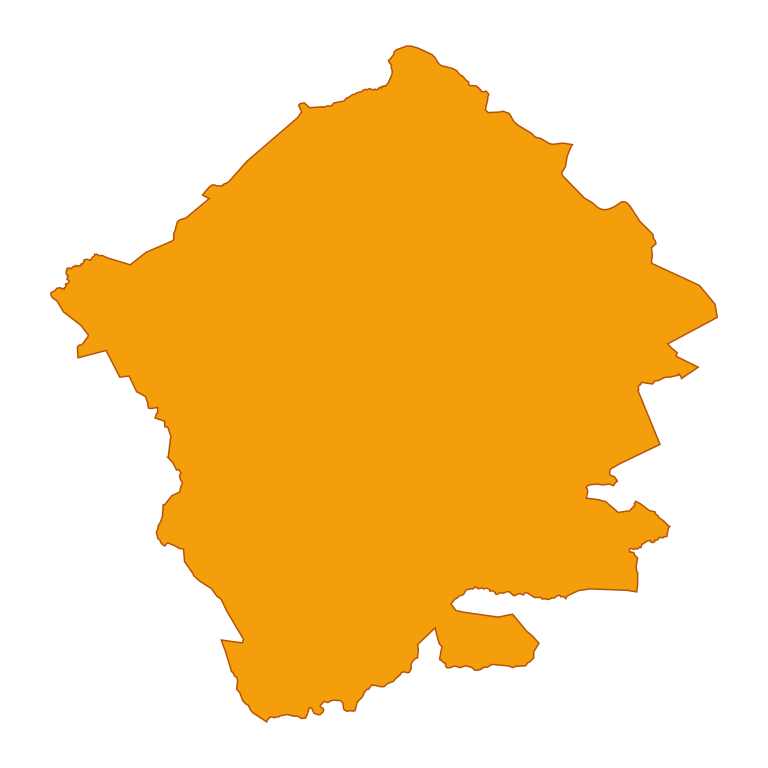 Edenderry Lea-6, Offaly, Ireland
{"feature_id": "5873133B48901885331675", "entity_name": "Edenderry Lea-6", "entity_type": "district", "adm_level": 2, "iso_a3": "IRL", "parent_name": "Ireland", "parent_adm1": "Offaly", "projection": "orthographic", "projection_center": [-7.208, 53.279], "detail": "fine", "context": "isolated", "style": "filled", "palette": "amber", "viewbox_px": 768, "rotation_deg": 0, "n_neighbors": 0, "source": "geoboundaries", "source_scale": "gbopen_adm2", "svg_char_len": 6019}
<svg xmlns="http://www.w3.org/2000/svg" viewBox="0 0 768 768"><path d="M156.3,532.1L158.0,538.7L159.9,540.2L161.0,542.9L163.2,545.0L165.0,545.9L166.3,543.9L168.0,542.9L175.0,545.9L179.4,548.5L183.5,549.0L184.6,561.7L193.5,574.4L193.5,575.5L199.7,581.1L211.5,588.6L216.8,596.1L221.1,599.2L227.0,611.5L243.6,639.4L242.2,642.9L221.3,640.0L225.9,652.8L231.6,671.7L232.7,672.3L234.9,676.3L236.6,677.2L237.1,678.3L237.5,681.0L236.7,689.3L239.8,692.8L242.7,700.6L246.1,704.2L248.2,705.1L250.7,710.3L252.9,712.8L266.7,721.9L267.3,720.1L270.5,716.8L274.6,717.7L276.0,716.9L278.6,717.0L280.2,715.8L287.4,714.5L293.3,716.1L296.7,716.1L299.2,716.9L301.4,718.5L305.6,718.1L307.3,714.5L309.1,708.0L311.6,707.9L313.9,713.2L318.4,714.8L320.4,714.4L323.0,712.0L323.7,709.9L323.0,708.3L320.5,707.0L320.2,705.6L324.3,701.3L327.8,702.6L331.1,700.7L333.5,700.2L340.3,700.6L342.9,702.9L343.5,708.5L344.5,710.0L347.1,711.4L349.9,710.6L353.3,711.1L355.1,710.6L357.1,702.4L362.5,696.7L364.5,692.1L366.8,689.4L368.6,689.3L371.5,685.1L376.0,685.5L379.9,686.6L384.0,686.7L387.7,683.5L393.4,681.4L395.3,678.9L399.8,675.2L401.7,672.3L404.3,671.9L407.9,672.8L409.2,672.3L411.3,668.4L410.9,664.7L412.2,661.8L414.9,659.0L417.5,657.7L418.3,650.4L417.8,644.4L435.1,627.9L437.8,639.0L439.3,643.6L442.2,647.2L441.3,649.2L439.7,658.7L440.1,660.1L441.4,660.3L443.7,662.7L445.6,663.3L445.5,665.5L446.8,667.7L449.8,667.8L454.7,665.9L460.0,667.7L465.5,665.7L471.7,667.4L474.7,670.1L477.3,670.3L481.2,669.3L483.8,667.2L487.3,667.2L492.1,664.4L508.3,665.9L512.8,667.6L515.9,666.3L525.7,665.8L527.5,663.0L530.4,661.4L533.8,657.8L533.6,652.0L539.0,643.3L533.0,636.6L526.6,631.1L512.6,614.2L498.1,617.1L464.8,612.4L456.1,610.6L451.0,604.1L455.2,598.7L456.9,598.3L459.3,595.9L463.4,594.6L466.1,590.0L471.7,588.6L472.6,589.0L475.6,586.8L478.3,588.8L482.0,587.9L483.5,589.0L486.0,588.2L488.3,588.7L489.8,590.0L489.8,591.1L492.9,590.8L494.8,592.2L495.6,594.0L497.0,594.4L500.3,592.7L503.4,593.2L506.9,591.6L510.3,592.1L510.4,592.8L513.0,595.2L514.9,595.7L517.3,594.1L520.0,593.6L523.2,595.0L525.4,592.7L526.4,592.4L534.6,597.5L541.0,597.4L542.1,599.1L545.3,598.7L546.8,599.4L549.1,599.3L552.4,597.9L554.4,598.0L557.1,595.8L559.7,595.1L560.8,596.9L563.0,596.3L565.9,598.7L566.8,596.1L578.5,590.6L590.0,588.9L626.8,590.3L636.7,591.9L637.6,584.8L637.7,572.6L636.7,571.3L636.2,566.2L637.6,557.9L635.0,555.7L633.9,553.0L631.8,552.0L629.6,552.2L629.5,549.1L630.8,548.3L633.9,549.5L635.7,548.3L636.9,549.1L638.5,548.4L639.1,547.3L641.0,547.5L641.8,544.3L643.1,543.9L646.8,541.2L650.4,540.5L651.1,542.2L652.6,542.6L654.6,541.8L655.1,540.0L657.5,540.0L659.3,537.3L662.9,537.9L663.6,536.9L666.8,536.5L668.2,528.7L669.8,526.4L668.5,526.0L663.6,520.9L658.9,517.6L657.8,515.7L655.9,514.3L654.9,511.8L649.3,510.6L640.2,503.6L635.7,501.3L634.3,503.7L635.0,504.9L629.6,510.8L618.2,512.4L605.4,501.4L602.6,501.1L599.3,499.8L586.3,498.1L587.8,491.3L587.0,488.5L585.9,487.7L587.5,485.9L589.8,484.8L596.8,484.1L603.2,484.9L609.5,484.0L613.4,485.7L615.2,483.0L617.4,481.0L614.3,476.6L610.1,475.1L609.6,472.4L610.5,469.0L620.8,463.2L660.0,444.4L638.0,390.6L638.8,389.8L638.3,388.5L638.6,385.9L640.6,384.4L641.6,382.4L652.4,384.0L655.0,380.9L658.4,380.5L665.0,377.3L669.1,377.2L676.5,375.7L677.4,374.8L678.2,375.3L679.1,374.2L681.2,376.9L681.5,378.5L698.2,367.2L676.1,356.3L677.2,352.7L671.1,347.7L667.7,343.9L717.3,317.3L715.0,304.2L699.4,285.4L651.8,263.4L651.5,259.6L652.1,258.2L652.3,254.5L651.4,247.8L656.0,243.7L655.2,240.8L653.5,238.3L652.8,234.2L640.1,221.6L630.3,206.6L627.3,203.2L624.9,201.8L621.9,201.7L614.3,206.7L609.2,209.0L604.4,209.8L600.3,208.9L597.6,207.4L591.9,202.4L584.4,198.1L563.1,176.2L562.0,174.4L561.9,172.4L565.4,166.8L567.2,156.1L571.0,146.7L572.5,144.6L562.7,143.1L553.4,144.3L549.5,143.7L541.1,138.6L535.3,137.1L531.6,133.4L518.0,125.2L513.9,121.7L509.3,113.5L502.9,111.2L499.1,112.1L488.2,112.6L485.4,109.8L487.9,98.6L487.6,97.4L488.9,94.3L486.1,91.1L482.8,92.0L481.0,90.9L480.2,89.3L479.0,89.1L478.4,87.3L477.2,87.2L476.0,85.8L469.5,85.5L468.6,84.5L468.8,82.2L466.0,80.1L462.5,76.0L460.3,75.2L456.5,70.5L452.1,68.3L441.0,65.5L438.6,63.5L434.8,57.4L431.9,54.5L418.3,48.2L410.9,46.1L406.4,46.1L396.2,49.9L394.3,51.8L393.5,54.8L390.2,59.1L388.5,60.2L388.9,61.9L391.6,65.6L391.1,67.6L392.2,70.2L392.1,74.0L388.4,82.6L385.4,86.3L384.2,85.8L383.2,86.6L382.2,86.3L381.1,88.1L380.1,87.1L377.2,89.6L375.4,89.7L374.8,89.0L373.6,90.0L369.6,88.7L366.8,89.8L365.9,89.3L363.6,89.9L361.5,91.7L356.7,92.8L354.9,94.3L352.7,94.5L348.1,97.7L346.5,98.0L343.9,101.1L334.1,102.9L330.9,106.2L327.9,105.8L323.8,107.2L323.2,106.8L309.5,107.7L304.3,102.9L300.0,103.7L298.6,105.4L301.7,111.8L297.6,117.7L247.0,161.2L228.4,182.2L223.0,184.5L222.8,185.8L217.9,186.0L213.6,184.8L211.5,185.3L208.6,187.7L202.4,195.1L209.2,198.6L185.8,218.1L180.1,219.7L177.3,221.9L175.0,230.8L173.7,233.4L173.8,239.7L171.9,241.1L146.1,252.3L130.2,264.8L107.1,257.8L102.1,255.4L98.9,255.6L96.4,254.1L95.3,254.8L94.7,254.3L94.3,255.9L92.3,257.4L90.4,260.4L87.5,259.3L84.1,259.8L83.6,262.4L82.0,264.2L81.1,264.0L80.7,265.8L79.5,266.1L78.6,265.5L76.9,266.3L75.9,265.5L75.7,266.3L73.7,266.2L71.1,268.8L70.4,268.1L67.4,268.1L66.8,269.3L67.1,270.4L66.2,271.1L66.2,273.6L67.0,275.3L68.1,275.8L66.9,279.1L69.2,280.9L69.0,282.3L67.0,284.0L65.7,283.8L65.5,284.8L66.2,286.1L64.3,287.9L64.3,288.9L63.5,288.5L61.6,288.9L60.7,287.7L57.0,288.2L54.4,291.0L51.3,292.4L50.7,294.2L52.1,297.4L57.1,301.1L63.5,311.9L80.8,325.3L88.3,335.0L87.6,338.0L86.5,338.3L82.7,343.9L81.4,344.9L78.9,345.2L77.4,347.3L78.0,357.8L106.1,350.5L119.8,377.2L129.1,376.0L136.6,391.7L145.4,396.4L147.5,402.4L148.4,408.1L151.4,408.6L157.4,407.4L157.7,412.7L156.6,413.5L155.1,418.0L165.0,421.4L164.5,423.7L164.9,426.9L167.7,426.8L171.2,437.4L170.5,438.4L168.2,457.4L167.8,457.4L172.9,462.8L176.5,470.0L178.8,469.5L180.9,473.2L179.4,475.9L180.6,479.8L182.2,482.5L182.2,484.6L181.2,485.5L179.6,492.0L172.0,495.6L164.4,505.1L163.2,504.7L162.5,515.9L160.7,521.5L158.2,526.0L157.9,528.8L156.3,532.1Z" fill="#f59e0b" stroke="#b45309" stroke-width="1.5"/></svg>